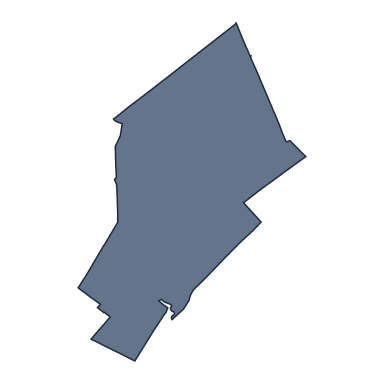 Armasesti, Ialomita, Romania
{"feature_id": "2599482B46256355361374", "entity_name": "Armasesti", "entity_type": "district", "adm_level": 2, "iso_a3": "ROU", "parent_name": "Romania", "parent_adm1": "Ialomita", "projection": "orthographic", "projection_center": [26.604, 44.779], "detail": "fine", "context": "isolated", "style": "filled", "palette": "slate", "viewbox_px": 384, "rotation_deg": 0, "n_neighbors": 0, "source": "geoboundaries", "source_scale": "gbopen_adm2", "svg_char_len": 3690}
<svg xmlns="http://www.w3.org/2000/svg" viewBox="0 0 384 384"><path d="M261.1,222.1L260.8,221.8L260.4,221.3L251.8,211.8L251.5,211.5L243.5,202.8L243.8,202.5L245.9,200.9L249.6,198.0L261.5,188.8L265.9,185.6L270.4,182.4L274.4,179.5L276.3,178.1L281.3,174.4L283.2,172.9L283.6,172.6L285.0,171.6L288.3,169.3L291.0,167.3L295.8,163.8L302.9,158.7L303.7,158.1L305.8,156.6L305.2,156.0L302.9,153.7L301.4,152.2L290.3,141.0L290.0,140.8L289.8,140.7L289.6,140.7L289.3,140.8L288.9,140.9L288.6,141.0L288.4,141.1L287.9,141.5L287.5,141.7L287.4,141.8L287.0,141.8L286.7,141.8L286.3,141.6L286.1,141.5L285.9,141.3L285.8,141.0L285.7,140.9L285.6,140.6L285.2,139.7L284.9,138.8L284.6,138.2L284.3,137.4L284.0,136.8L283.6,135.7L283.2,135.0L282.6,133.6L279.6,125.5L278.3,122.2L278.1,121.8L275.9,116.5L271.4,106.0L269.6,101.7L268.7,99.6L266.6,94.5L265.6,92.3L263.7,87.8L262.8,85.6L262.3,84.5L262.2,84.3L261.8,83.3L261.4,82.5L261.2,82.0L260.8,80.9L260.3,79.7L259.8,78.6L259.4,77.6L259.2,77.1L258.6,75.7L257.8,73.8L257.4,72.8L257.0,71.9L256.5,70.9L255.8,69.1L254.9,67.3L254.0,65.2L253.0,62.9L252.4,61.6L251.1,58.7L250.7,58.0L250.8,57.6L250.9,55.9L250.3,56.3L249.2,54.0L248.6,52.6L248.0,51.2L247.0,48.9L246.6,48.1L246.2,47.2L245.9,46.6L245.2,44.9L244.2,42.6L243.4,40.6L242.7,39.0L242.4,38.4L241.6,36.4L241.1,35.1L240.7,34.1L240.2,32.8L239.9,32.1L239.6,31.4L238.9,29.8L238.6,29.0L238.3,28.2L237.8,27.0L237.6,26.4L237.2,25.5L236.9,24.8L236.7,24.3L236.6,24.1L236.5,23.8L236.2,23.2L235.9,23.0L235.5,23.7L235.3,24.1L235.0,24.4L233.5,25.6L232.1,26.7L191.3,58.5L168.2,76.6L158.7,84.0L138.4,99.6L129.3,106.4L114.7,118.3L113.6,118.7L113.5,118.8L113.5,119.1L113.7,119.4L114.1,119.9L115.4,121.1L116.4,121.6L122.3,123.8L121.5,127.9L121.0,131.4L120.6,133.8L120.2,135.9L119.9,136.8L118.8,138.9L117.4,142.0L116.7,143.5L115.9,144.9L115.3,146.2L115.8,165.5L116.3,175.0L116.3,177.7L114.5,179.5L115.4,181.6L116.6,184.4L116.6,186.3L117.0,188.9L116.9,191.1L117.2,197.7L117.3,200.6L117.4,203.8L117.5,207.2L117.6,210.1L117.6,212.4L117.8,213.5L117.8,214.4L117.7,220.3L117.8,222.1L117.3,223.1L116.1,225.1L110.3,234.8L107.2,240.1L104.0,245.3L103.5,245.9L88.9,270.8L84.9,277.5L83.6,279.3L78.2,287.8L78.3,287.9L79.9,289.2L80.0,289.2L81.7,290.5L81.8,290.6L86.5,294.1L87.3,294.7L91.2,297.7L91.4,297.8L95.8,300.9L95.8,301.0L100.2,304.1L100.4,304.2L97.5,307.6L103.9,312.7L104.3,312.3L110.2,317.0L96.7,332.6L92.3,337.7L91.1,339.3L95.1,341.1L97.1,342.1L104.9,346.1L119.8,353.4L134.8,361.0L153.3,331.2L164.0,315.0L166.1,312.2L167.8,307.9L163.5,304.8L159.7,301.7L158.7,300.9L161.3,299.4L161.8,300.0L162.4,300.4L163.6,301.5L165.0,302.2L166.1,302.7L167.7,303.2L168.9,303.6L169.9,304.2L170.6,304.5L171.0,304.9L171.2,305.2L171.4,305.7L171.6,306.1L171.5,306.5L170.5,307.9L170.4,308.8L170.7,309.6L171.0,310.1L171.5,310.7L171.9,311.1L172.8,311.4L173.3,311.7L173.9,312.1L174.2,312.3L174.4,312.8L174.4,313.2L174.4,313.7L174.4,314.1L174.3,314.3L173.7,314.7L173.2,315.1L172.6,315.7L172.2,315.9L171.9,316.2L171.5,316.9L171.4,317.8L171.5,318.4L171.8,319.0L172.1,319.6L173.5,318.2L183.4,309.2L185.3,306.3L189.0,300.5L189.3,299.3L189.7,297.9L189.9,296.7L190.1,296.2L190.2,295.7L190.9,294.5L191.6,293.2L192.1,292.1L192.5,291.5L192.9,290.8L193.1,290.5L193.4,290.1L193.6,289.7L193.9,289.3L194.4,288.9L194.6,288.7L198.6,284.8L206.9,276.6L215.1,268.1L221.4,261.5L223.3,259.5L225.2,257.5L229.4,253.4L230.5,252.3L230.9,251.8L232.4,250.3L235.4,247.3L236.9,245.7L239.2,243.4L241.6,241.1L244.6,238.3L245.5,237.5L246.4,236.6L249.1,234.2L251.7,231.7L252.0,231.6L252.4,231.2L252.9,230.7L253.1,230.4L253.6,229.9L254.1,229.3L254.5,229.0L254.8,228.6L255.2,228.2L255.9,227.5L256.9,226.5L258.2,225.1L260.3,222.8L260.7,222.4L261.1,222.1Z" fill="#64748b" stroke="#1e293b" stroke-width="1.5"/></svg>